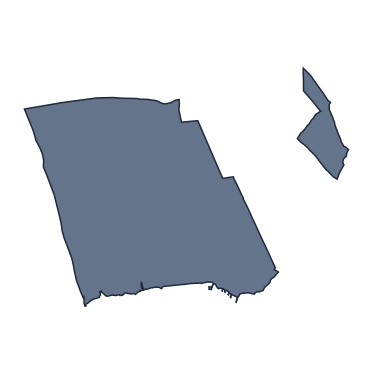 outline of Aana Alofi III, Aiga-i-le-Tai, Samoa, rotated 175°
{"feature_id": "51752279B31519013517302", "entity_name": "Aana Alofi III", "entity_type": "district", "adm_level": 2, "iso_a3": "WSM", "parent_name": "Samoa", "parent_adm1": "Aiga-i-le-Tai", "projection": "equal_earth", "projection_center": [-172.012, -13.853], "detail": "fine", "context": "isolated", "style": "filled", "palette": "slate", "viewbox_px": 384, "rotation_deg": 175, "n_neighbors": 0, "source": "geoboundaries", "source_scale": "gbopen_adm2", "svg_char_len": 3623}
<svg xmlns="http://www.w3.org/2000/svg" viewBox="0 0 384 384"><g transform="rotate(175 192 192)"><path d="M308.6,87.6L307.6,87.7L307.7,88.7L307.2,89.6L304.9,90.7L303.2,92.1L301.5,92.8L300.0,93.8L294.7,94.8L293.8,95.0L292.3,97.3L292.3,99.9L292.7,100.5L291.2,101.3L290.9,100.1L288.3,97.7L287.5,96.7L286.9,96.0L285.2,95.5L281.6,96.1L280.1,96.2L278.0,95.7L276.0,95.5L274.6,96.0L273.3,95.8L272.8,95.2L272.1,95.3L270.6,95.1L270.2,95.9L269.3,95.7L267.9,97.0L266.7,97.2L261.6,95.7L260.2,95.8L258.2,95.9L257.4,94.9L256.1,95.6L255.0,96.9L253.5,97.2L252.6,98.2L252.3,97.6L251.0,98.5L249.0,98.4L249.4,99.9L250.5,100.9L250.7,104.4L250.4,106.0L249.8,105.0L250.0,103.8L249.5,102.8L249.6,101.5L248.8,99.5L248.3,98.7L246.4,99.3L245.7,99.1L243.3,99.5L240.9,100.2L239.5,99.9L238.9,100.3L235.8,100.3L233.5,100.0L232.1,99.3L231.1,98.4L230.4,98.6L229.9,99.8L228.6,100.4L225.2,100.5L221.6,100.4L219.4,100.6L215.1,100.6L209.0,100.7L206.8,100.6L205.3,100.8L200.8,100.9L196.5,100.8L194.2,100.6L191.6,100.6L190.3,99.9L189.5,100.4L186.5,100.8L184.0,101.0L181.4,100.5L179.9,100.6L178.5,99.1L180.5,96.1L181.4,95.5L183.3,96.2L183.5,93.7L182.2,93.2L181.1,93.2L180.7,94.7L178.8,98.2L178.0,98.6L176.7,98.1L175.7,95.6L174.3,93.4L171.9,93.8L170.7,93.3L170.2,92.6L170.7,90.8L170.4,90.6L169.7,92.8L168.8,92.5L167.7,91.2L168.1,89.5L167.8,89.3L167.3,90.8L165.5,90.4L164.3,89.6L164.3,88.0L165.0,86.7L164.7,86.4L164.0,87.7L163.0,87.5L162.1,86.8L162.1,86.0L163.0,83.7L162.6,83.4L161.6,86.1L161.1,86.3L157.8,84.2L156.2,83.5L156.1,82.9L157.8,78.6L157.5,78.4L155.5,83.2L154.2,84.5L153.4,86.0L152.3,86.4L149.7,86.9L148.4,86.5L146.7,86.8L144.0,86.6L140.7,85.3L138.7,84.9L137.9,85.9L136.9,86.6L135.4,86.9L133.4,86.6L131.4,87.5L130.1,87.5L129.6,87.9L128.2,90.3L126.0,92.2L124.7,93.0L122.8,94.4L122.3,95.0L121.5,97.3L120.7,98.4L117.4,100.3L116.1,101.7L113.2,104.5L112.9,104.7L113.8,105.5L116.9,107.5L115.6,109.3L119.2,119.3L122.7,129.1L124.5,133.9L126.4,139.2L130.2,149.7L133.0,157.7L133.9,159.9L135.1,163.6L139.2,174.9L140.4,177.6L141.7,181.1L141.5,181.6L143.0,185.4L144.7,190.2L147.3,197.3L149.2,201.9L149.5,203.5L153.1,203.4L157.8,203.0L160.2,202.8L180.0,262.5L196.4,262.5L197.9,274.7L197.1,279.4L196.8,281.9L196.8,285.3L200.4,284.9L205.7,282.7L208.0,282.4L210.8,282.2L212.4,282.3L214.0,282.9L216.6,284.4L218.2,285.5L221.5,286.6L225.6,287.4L227.5,288.0L232.5,288.7L234.2,288.7L236.5,289.2L238.6,289.9L251.6,291.3L255.0,291.8L262.5,293.0L278.8,294.0L313.6,292.4L332.8,290.8L348.6,289.5L351.7,289.2L345.3,268.5L344.4,264.8L342.8,256.5L340.0,250.1L337.8,243.4L337.0,236.1L337.9,230.0L335.6,222.8L332.5,211.9L329.5,201.0L326.4,181.3L325.2,173.1L324.6,163.6L323.4,157.4L320.6,147.7L317.4,135.9L316.5,128.7L315.9,122.1L314.8,114.0L311.9,103.2L309.5,95.8L308.8,96.7L308.8,95.0L309.2,90.5L308.6,87.6ZM70.3,305.6L70.8,301.9L71.3,292.4L72.1,283.1L68.8,278.5L63.7,271.5L61.7,268.5L60.1,266.0L58.0,263.0L57.7,262.2L56.6,261.4L62.2,258.3L64.3,255.4L66.9,253.0L68.6,250.6L69.8,249.3L72.0,247.4L73.3,245.7L75.9,243.0L78.3,241.4L79.9,239.4L82.5,235.9L81.4,234.8L79.6,232.5L77.3,230.4L76.1,229.4L72.5,225.5L70.7,222.8L69.8,221.9L66.5,218.0L64.7,215.5L60.6,208.7L59.7,207.8L58.8,205.9L56.4,202.5L54.4,200.5L53.2,198.7L52.2,197.7L50.1,195.0L46.3,192.1L44.3,196.6L41.7,200.9L39.2,204.5L38.3,205.7L39.2,208.5L39.0,209.7L38.2,211.4L36.8,213.2L35.2,213.9L34.8,215.0L34.7,216.9L33.3,219.3L32.3,220.4L34.5,222.8L35.1,223.4L36.8,224.3L39.3,229.9L39.3,231.5L41.1,236.7L43.8,246.5L44.0,249.0L45.7,255.1L48.0,262.0L47.7,267.2L46.6,268.5L46.2,269.1L48.6,271.4L53.1,279.8L56.5,285.3L59.8,291.0L61.5,293.8L62.9,296.5L64.2,298.3L70.3,305.6Z" fill="#64748b" stroke="#1e293b" stroke-width="1.5"/></g></svg>